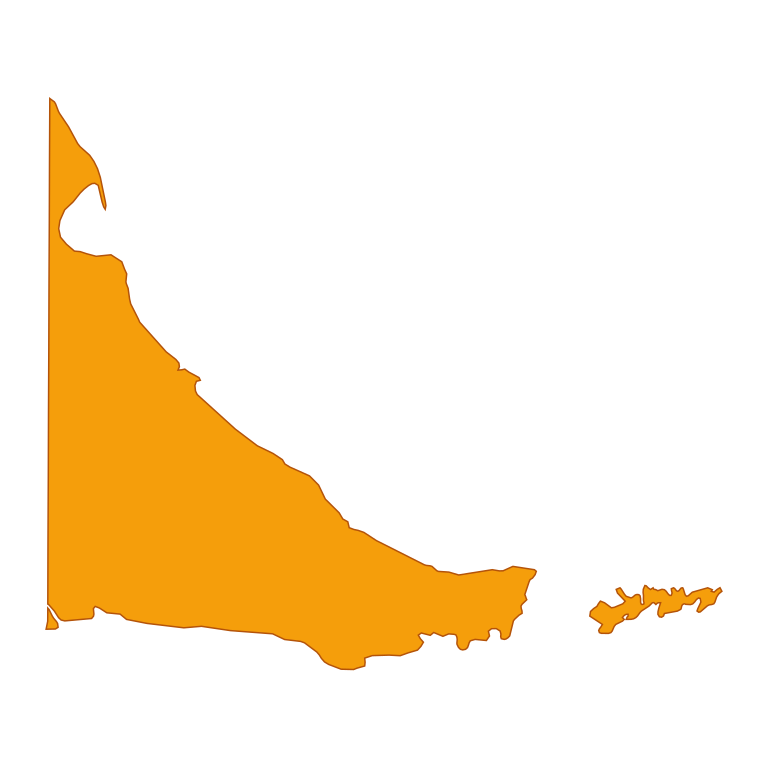 the border of Tierra del Fuego
{"feature_id": "ARG-1272", "entity_name": "Tierra del Fuego", "entity_type": "National Territory", "adm_level": 1, "iso_a3": "ARG", "parent_name": "Argentina", "parent_adm1": "", "projection": "mercator", "projection_center": [-65.869, -53.846], "detail": "fine", "context": "isolated", "style": "filled", "palette": "amber", "viewbox_px": 768, "rotation_deg": 0, "n_neighbors": 0, "source": "natural_earth", "source_scale": "10m", "svg_char_len": 4275}
<svg xmlns="http://www.w3.org/2000/svg" viewBox="0 0 768 768"><path d="M47.8,604.1L48.0,539.4L48.3,475.2L48.5,411.4L48.8,348.0L49.0,285.0L49.3,222.5L49.5,160.3L49.8,98.5L54.4,101.9L55.6,103.9L58.4,111.3L59.5,113.4L68.6,126.9L77.6,143.5L80.1,146.7L89.7,155.3L93.9,161.4L97.5,168.7L100.3,177.3L105.4,202.0L105.9,205.6L105.2,209.3L103.7,206.9L102.1,202.0L98.2,185.3L94.8,183.3L92.0,183.6L88.6,185.5L84.2,189.0L80.2,193.0L73.2,201.8L64.7,209.8L59.9,220.6L58.7,228.7L60.5,237.2L66.4,244.2L74.4,251.1L80.1,251.6L86.5,253.7L96.1,256.3L111.0,254.8L121.8,261.8L124.6,269.3L126.7,273.9L125.9,281.9L126.4,283.9L128.1,288.3L129.6,299.1L130.7,303.9L138.4,319.2L139.7,322.2L166.2,351.9L175.9,359.5L178.9,363.1L179.4,366.7L178.0,370.1L181.7,369.8L184.8,369.1L189.0,372.2L199.0,377.6L200.3,380.3L196.4,381.3L194.9,385.5L195.5,391.1L197.2,394.6L235.4,429.2L257.3,445.8L273.1,453.5L282.4,459.7L284.9,464.0L289.9,467.1L309.5,475.9L318.6,485.1L325.3,499.1L339.2,512.9L342.8,519.0L347.8,521.8L349.2,527.7L354.0,529.5L358.2,530.4L363.9,532.4L376.4,540.6L424.3,564.8L426.3,565.4L430.1,565.8L432.0,566.4L436.8,570.7L438.3,571.4L448.9,572.1L458.7,575.0L492.3,569.7L499.4,570.9L503.1,570.8L512.9,566.4L534.4,569.7L536.3,571.3L535.1,574.7L532.5,578.1L530.1,579.6L529.1,581.7L524.8,594.6L525.4,595.9L526.2,598.4L526.8,599.7L522.1,604.2L521.0,606.0L521.2,608.3L522.0,611.0L522.1,613.3L519.1,615.1L514.6,619.3L513.4,620.9L509.7,635.9L508.0,637.7L506.0,639.0L504.3,639.4L501.3,638.7L500.7,636.7L500.9,634.0L500.1,631.0L496.3,628.6L491.5,628.7L488.4,631.2L489.5,636.0L486.4,640.5L475.1,639.4L470.3,640.8L469.1,642.9L468.4,645.3L467.5,647.6L465.6,649.3L462.7,649.9L460.4,649.3L458.5,647.4L457.0,644.3L456.9,643.1L457.2,639.6L457.0,637.6L456.5,636.1L455.8,634.8L454.0,634.3L451.4,634.1L448.7,633.9L442.9,636.3L433.7,632.5L430.3,635.3L421.3,633.0L418.3,635.1L420.4,638.8L423.4,642.2L420.9,646.4L417.5,650.1L408.0,652.9L400.2,655.7L389.1,655.1L372.3,655.6L364.7,658.1L365.1,662.3L364.7,666.0L357.2,668.1L353.6,669.5L341.1,669.2L328.6,664.4L324.5,661.9L321.5,658.5L319.2,654.8L316.8,652.0L304.5,642.8L300.6,641.4L284.6,639.5L272.6,633.8L230.5,630.6L201.5,626.3L183.8,627.8L146.9,623.4L126.5,619.4L120.1,614.1L106.8,612.8L99.4,608.0L95.2,606.4L93.4,608.6L93.9,614.1L93.5,616.2L91.6,618.5L64.8,620.9L61.1,620.0L58.6,617.7L54.3,611.0L48.6,604.5L47.8,604.1ZM711.3,591.3L714.1,592.1L717.2,589.4L720.0,587.7L721.9,591.3L718.9,593.7L717.8,595.2L716.6,597.1L714.9,602.1L713.8,603.8L711.8,604.5L709.2,604.9L707.4,605.8L700.3,611.9L698.7,612.2L697.0,611.0L697.8,608.7L700.3,603.4L700.9,602.0L700.2,598.4L698.5,598.0L696.5,599.5L694.6,602.0L692.7,603.9L690.5,604.6L685.5,604.3L684.9,603.9L684.1,603.8L682.7,604.5L681.9,605.5L681.5,606.9L681.2,608.3L680.8,609.3L677.4,611.1L664.4,613.5L663.5,616.0L661.6,617.2L659.4,616.8L657.9,614.3L658.0,611.7L658.8,608.3L660.6,602.7L658.0,602.8L657.0,603.4L655.9,604.5L653.9,602.6L652.3,602.8L649.1,606.0L641.5,611.0L640.0,612.5L637.5,616.0L635.8,617.6L633.6,618.8L631.1,619.3L626.2,619.4L626.6,618.4L626.9,617.6L627.3,616.9L628.1,616.1L628.1,614.3L626.5,614.3L625.0,614.9L623.6,616.0L622.4,617.6L622.9,618.0L624.2,619.4L622.5,621.1L615.8,624.4L614.2,626.4L612.2,631.0L610.9,632.6L608.5,633.4L601.3,633.3L599.4,632.6L598.7,630.5L599.5,628.7L601.0,626.8L602.4,624.4L589.8,616.1L590.5,611.5L593.6,608.6L596.9,606.4L598.5,603.6L600.4,601.1L604.6,602.8L611.4,607.8L614.4,607.3L622.8,603.8L625.2,601.2L617.5,593.1L616.2,589.4L620.0,587.8L621.1,589.0L624.5,594.3L626.2,596.3L631.0,597.9L632.5,597.3L635.1,595.1L636.3,594.6L637.5,594.5L638.9,594.7L640.1,595.9L640.6,598.8L640.6,602.4L641.1,603.9L642.0,604.5L643.7,604.1L644.0,602.8L643.6,601.3L643.4,599.7L643.5,595.7L643.1,592.4L643.3,589.2L644.9,585.5L646.2,585.8L648.2,587.9L650.5,589.5L653.1,587.8L653.7,589.1L654.3,589.4L655.0,589.4L655.9,589.7L657.8,590.7L662.0,589.3L664.4,589.7L666.2,591.3L667.9,593.7L669.6,595.4L671.2,595.4L672.1,593.1L671.5,590.6L671.3,588.7L673.5,587.8L674.6,588.4L676.5,590.8L677.9,591.3L679.0,590.6L680.1,589.2L681.2,588.0L682.7,587.8L683.4,589.2L685.1,594.7L686.5,596.3L688.2,595.8L692.3,592.2L707.7,587.8L712.3,589.7L711.3,591.3ZM46.1,629.2L47.7,621.3L47.8,608.1L49.1,609.6L52.3,616.1L53.7,618.3L56.4,621.5L57.6,623.5L58.1,627.3L55.4,629.0L46.1,629.2Z" fill="#f59e0b" stroke="#b45309" stroke-width="1.5"/></svg>